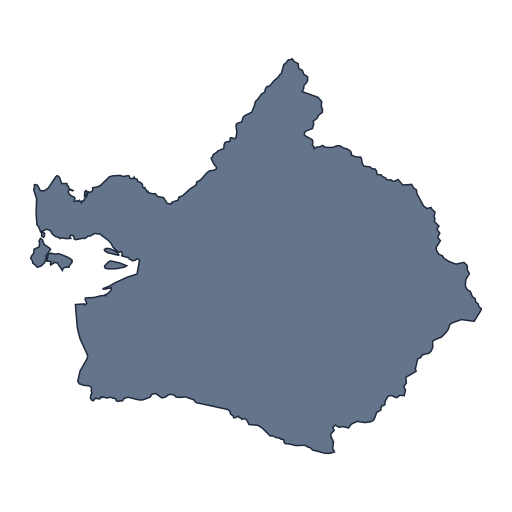 outline of Kapoe, Ranong, Thailand
{"feature_id": "78962969B6628282712550", "entity_name": "Kapoe", "entity_type": "district", "adm_level": 2, "iso_a3": "THA", "parent_name": "Thailand", "parent_adm1": "Ranong", "projection": "albers", "projection_center": [98.584, 9.581], "detail": "fine", "context": "isolated", "style": "filled", "palette": "slate", "viewbox_px": 512, "rotation_deg": 0, "n_neighbors": 0, "source": "geoboundaries", "source_scale": "gbopen_adm2", "svg_char_len": 5948}
<svg xmlns="http://www.w3.org/2000/svg" viewBox="0 0 512 512"><path d="M439.0,226.1L434.3,221.4L435.0,218.7L434.1,216.8L435.0,212.0L432.0,209.4L431.1,207.5L426.9,208.5L423.6,206.0L417.0,193.8L416.4,189.8L413.5,187.9L411.7,184.4L402.8,185.0L398.0,179.5L394.5,181.3L391.9,180.8L391.5,180.0L386.7,179.7L385.7,178.0L382.7,176.7L381.0,174.8L377.0,174.5L376.5,171.0L375.0,168.9L372.3,168.9L370.0,166.9L363.8,166.1L362.2,163.2L361.5,158.6L360.7,157.1L356.7,157.0L351.6,155.3L351.1,152.2L350.3,151.0L347.0,148.9L343.7,148.1L340.0,145.8L336.7,145.8L333.0,147.4L326.6,147.4L324.8,147.1L322.7,145.4L319.7,146.9L316.7,147.0L314.2,148.7L313.6,146.1L312.3,144.7L312.9,142.4L312.3,139.8L305.1,135.7L304.4,134.7L304.4,132.9L305.9,131.0L312.4,128.6L313.8,123.9L313.2,121.2L317.2,118.2L318.8,114.9L322.2,112.6L322.6,109.6L321.3,106.3L321.7,101.6L318.0,97.3L302.2,91.6L303.6,88.8L304.0,85.4L306.6,82.5L307.7,80.2L307.6,76.8L303.8,74.2L302.3,70.2L298.8,68.6L298.1,63.5L294.5,61.9L292.1,58.7L291.3,59.4L288.1,60.0L285.6,63.5L283.9,64.3L281.3,73.5L279.6,74.9L278.4,77.0L273.7,81.0L270.6,85.0L269.0,86.2L266.7,86.7L264.9,90.1L265.1,91.8L261.3,94.2L258.0,99.0L255.4,101.5L254.5,105.5L251.7,112.2L244.7,115.7L243.0,117.5L241.7,121.9L237.3,123.3L236.3,124.3L236.0,126.1L236.9,132.7L235.7,138.2L234.4,138.7L231.6,137.7L230.3,137.9L229.9,141.3L225.9,142.0L224.8,142.9L224.1,144.7L223.8,148.5L217.5,151.1L216.8,152.3L213.1,154.6L212.8,156.8L211.3,157.8L211.2,158.7L214.0,164.4L216.5,167.2L216.4,168.8L214.3,170.2L209.5,170.8L206.6,173.1L200.5,180.0L196.6,182.1L196.5,184.0L195.3,185.6L190.3,188.7L182.5,195.8L179.0,197.0L178.1,200.1L171.8,202.3L171.3,204.1L167.2,203.4L163.6,197.6L157.3,196.4L155.5,193.7L152.0,193.7L148.0,192.5L148.0,191.2L146.7,191.1L144.7,187.5L143.9,187.9L142.7,187.3L142.4,184.3L140.7,182.4L137.7,181.5L137.2,179.3L134.4,178.3L134.1,177.1L132.9,178.6L129.9,178.3L129.2,176.1L128.4,175.6L123.0,176.5L120.2,175.4L113.2,175.8L109.4,176.7L100.3,185.6L97.4,186.9L92.6,187.7L92.7,190.1L92.1,191.3L89.9,192.4L88.4,191.8L86.7,196.2L84.2,199.3L84.1,200.7L81.7,201.1L81.4,202.9L79.4,200.3L78.7,201.1L77.4,201.2L77.1,200.6L74.6,201.6L73.9,201.0L75.1,198.2L74.3,197.2L70.4,195.3L68.5,192.9L68.3,191.2L69.8,189.7L72.7,190.8L73.1,190.5L69.1,188.7L68.3,186.2L66.9,184.9L66.9,183.5L61.7,183.6L59.5,177.3L57.8,175.9L56.7,175.8L55.3,177.4L48.5,187.8L44.4,190.8L40.3,190.6L37.5,185.2L34.9,184.5L34.2,185.1L34.5,186.5L33.7,190.0L36.6,198.7L36.1,213.7L36.9,224.5L38.9,227.3L40.6,231.9L46.4,229.2L50.3,230.5L52.2,233.9L55.0,236.3L58.6,237.5L59.7,238.6L62.1,237.9L66.3,238.7L70.8,238.4L69.7,236.3L70.7,235.0L73.9,236.1L74.1,238.9L76.0,239.7L82.6,238.3L84.8,238.5L88.2,236.1L90.3,236.0L94.6,233.5L100.0,234.1L108.4,240.5L111.1,243.4L113.0,247.2L118.0,251.9L119.4,252.3L120.7,251.5L121.5,252.1L122.4,253.9L121.7,255.6L122.1,256.0L128.6,257.8L129.6,259.4L131.4,259.8L132.1,260.8L134.9,260.4L137.0,258.8L139.6,260.0L137.0,274.0L127.2,277.2L115.0,282.8L109.0,286.3L103.2,288.5L103.1,289.1L105.1,289.1L111.3,287.8L111.0,290.3L107.7,293.6L105.2,294.8L105.7,295.6L101.5,295.6L94.6,297.4L85.4,298.0L85.2,299.6L86.8,303.3L85.2,304.9L84.3,303.9L75.4,304.5L77.2,326.7L78.4,332.6L80.1,338.9L87.2,354.4L87.6,356.4L87.3,358.3L80.0,371.1L77.7,381.2L79.2,383.8L83.3,385.2L89.7,386.0L91.5,387.6L91.2,390.9L92.0,393.1L90.9,394.7L90.4,397.9L91.9,400.4L93.5,400.7L95.1,398.4L99.8,398.9L100.9,396.9L101.9,397.6L102.5,396.9L106.8,398.0L110.9,397.2L112.7,398.2L114.9,398.3L116.5,400.9L117.9,401.3L122.6,400.7L124.3,398.3L128.0,397.2L138.8,399.9L142.9,399.9L150.4,397.0L151.3,395.0L152.3,394.2L155.8,393.5L161.7,397.9L165.4,397.1L168.5,394.7L170.1,394.4L174.1,395.0L176.1,397.1L181.4,397.4L185.5,396.9L194.0,399.9L195.2,401.9L196.5,402.7L227.8,409.5L229.4,410.7L230.8,414.3L233.1,415.8L233.7,417.7L235.3,417.7L238.4,416.1L239.2,417.6L240.6,417.7L241.8,419.4L245.3,418.6L247.1,420.7L249.0,424.5L258.2,425.4L262.6,428.4L270.1,435.9L273.1,436.0L276.2,437.6L279.1,437.9L280.6,439.1L283.7,439.6L284.0,442.3L285.6,443.8L288.5,443.8L296.1,445.6L304.1,445.3L306.8,446.1L307.7,447.1L310.1,447.6L312.6,450.0L325.2,453.3L330.1,453.3L334.5,451.9L332.7,448.3L333.5,441.9L330.8,436.0L331.1,433.6L334.2,430.4L332.8,427.4L335.4,425.1L339.0,427.3L343.1,426.6L348.5,428.0L351.4,424.1L357.2,421.4L365.1,422.6L370.6,421.8L373.2,420.5L374.5,418.6L376.7,412.4L380.7,410.2L381.4,406.2L384.7,404.9L385.3,400.9L388.1,396.2L391.6,395.5L396.1,397.7L397.4,397.3L399.7,395.3L404.2,395.7L405.5,390.0L403.8,386.3L406.4,383.1L405.9,377.3L416.1,371.3L415.4,368.7L417.7,359.0L420.6,357.6L422.4,354.8L428.8,353.3L431.2,351.1L432.9,346.9L432.5,342.7L433.1,341.0L435.1,339.6L441.5,337.1L446.8,331.5L448.3,329.2L449.6,325.0L451.6,323.1L461.5,319.6L474.2,321.3L481.3,309.7L481.2,308.5L479.0,306.9L478.1,303.8L475.8,302.1L475.1,298.5L472.5,296.8L470.3,291.5L467.2,289.6L465.4,286.2L465.7,279.8L469.4,273.6L467.1,269.4L467.4,266.5L466.9,265.2L463.9,262.4L456.0,264.1L449.0,261.5L444.1,258.4L442.4,255.8L439.1,254.4L436.4,250.3L436.2,247.4L440.4,240.7L437.7,237.3L439.8,233.1L437.4,230.1L437.1,228.7L439.0,226.1ZM41.0,266.1L44.7,262.6L46.1,257.8L46.2,255.5L50.6,249.4L50.1,248.5L44.1,244.3L42.4,239.8L40.4,238.4L38.9,241.5L39.6,242.6L39.2,246.7L33.9,249.4L33.9,252.9L31.5,256.0L30.7,258.3L32.5,261.2L32.8,263.2L35.5,265.2L37.2,267.3L41.0,266.1ZM55.7,254.2L50.7,253.1L48.2,254.2L46.8,261.2L49.7,261.2L51.3,262.0L50.4,263.6L50.7,265.0L54.8,262.5L57.3,262.9L62.4,270.5L63.0,268.8L64.5,267.4L69.0,267.2L69.4,265.6L72.2,262.1L71.9,259.8L67.9,257.3L61.0,254.4L58.1,253.6L55.7,254.2ZM110.6,260.9L108.4,262.0L104.9,265.6L104.5,266.3L105.2,268.2L108.1,268.9L116.7,268.7L124.4,267.1L126.8,265.8L119.6,262.9L110.6,260.9ZM118.9,254.7L115.3,251.0L109.7,248.6L105.9,248.4L104.3,249.6L104.9,250.9L107.8,252.8L118.6,255.3L118.9,254.7ZM43.3,237.4L44.4,236.1L44.6,233.3L42.7,231.7L41.6,232.8L41.6,235.1L41.9,236.3L43.3,237.4ZM84.5,196.3L86.7,194.5L87.3,192.0L86.4,190.6L85.4,190.9L84.7,192.0L84.5,196.3Z" fill="#64748b" stroke="#1e293b" stroke-width="1.5"/></svg>